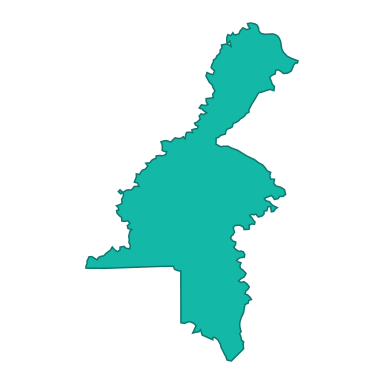 Corbélia, Paraná, Brazil
{"feature_id": "56859067B16321147741741", "entity_name": "Corbélia", "entity_type": "district", "adm_level": 2, "iso_a3": "BRA", "parent_name": "Brazil", "parent_adm1": "Paraná", "projection": "mercator", "projection_center": [-53.229, -24.737], "detail": "fine", "context": "isolated", "style": "filled", "palette": "teal", "viewbox_px": 384, "rotation_deg": 0, "n_neighbors": 0, "source": "geoboundaries", "source_scale": "gbopen_adm2", "svg_char_len": 4504}
<svg xmlns="http://www.w3.org/2000/svg" viewBox="0 0 384 384"><path d="M298.0,60.8L292.4,58.8L287.4,56.4L283.4,52.3L281.8,49.0L281.1,45.0L280.6,41.4L279.0,37.8L277.5,36.0L275.3,34.6L272.4,33.9L265.2,34.3L261.1,33.5L258.8,30.9L258.5,27.9L257.2,25.2L254.8,23.8L250.6,23.0L247.5,23.6L248.4,26.3L250.2,28.3L246.9,29.7L242.9,27.8L240.2,30.8L238.9,33.9L236.3,34.6L234.0,34.7L232.9,32.7L230.8,35.7L227.9,34.6L226.9,37.4L226.7,39.8L227.1,43.8L224.7,44.3L221.5,44.9L222.0,48.1L220.2,49.9L219.9,53.3L216.8,55.9L215.9,58.4L213.5,59.9L213.3,62.2L212.0,64.5L211.1,67.5L212.5,69.1L214.6,70.9L213.0,74.6L210.8,74.2L206.9,72.5L206.0,76.2L209.5,82.5L212.0,84.6L213.2,88.0L215.0,90.9L212.7,94.2L213.2,97.8L206.1,98.6L206.2,101.8L207.9,104.4L205.6,105.5L201.4,104.8L199.2,108.0L201.9,109.0L204.1,111.1L206.7,112.8L203.3,114.6L201.2,113.7L199.1,116.1L200.2,119.1L197.4,121.8L194.5,123.2L195.7,125.3L198.2,126.1L197.3,128.7L194.7,128.9L191.8,129.8L192.5,132.7L189.9,132.2L186.6,132.4L185.7,134.9L185.0,138.8L183.3,136.7L180.7,138.5L177.5,138.4L175.1,137.8L172.7,140.1L170.8,142.1L166.8,140.6L163.5,140.9L160.9,141.9L162.2,144.6L162.3,147.5L162.1,150.4L164.5,151.5L166.6,151.7L165.9,154.4L163.0,155.7L158.9,155.5L156.1,156.0L156.0,158.5L153.8,159.0L151.5,160.5L150.0,162.7L147.7,163.0L145.7,163.2L147.8,166.1L145.4,169.1L142.4,170.1L140.7,172.3L139.7,174.5L136.3,173.8L136.4,176.9L134.3,182.2L137.6,183.0L139.0,186.5L136.9,186.3L134.1,186.5L132.7,188.7L131.0,190.1L128.5,189.8L126.3,190.2L123.0,192.4L123.5,195.8L121.6,199.4L122.1,203.2L119.1,205.0L116.5,205.7L118.3,207.8L118.7,210.1L116.6,210.5L117.0,213.1L119.3,215.7L121.5,217.3L121.9,221.1L125.3,221.4L127.7,220.7L129.9,223.4L127.3,225.7L128.0,228.5L131.8,229.5L130.0,231.1L129.3,233.9L128.7,236.4L129.3,239.5L128.9,242.5L130.4,245.4L129.7,248.8L126.1,248.3L123.9,246.3L120.0,247.2L120.0,249.9L117.6,251.7L114.7,249.9L112.3,247.0L110.2,250.3L106.4,253.1L103.6,255.9L100.7,256.4L98.4,257.5L97.0,259.9L94.6,258.3L91.8,256.6L89.0,256.8L88.1,258.9L87.1,260.8L87.0,263.9L86.0,266.0L86.0,268.2L105.3,268.3L160.7,266.4L173.4,266.3L174.5,269.3L178.7,270.9L180.8,270.9L180.8,275.5L180.8,277.8L180.9,301.0L180.9,322.8L184.6,323.4L187.4,322.2L189.6,321.6L193.7,323.3L196.1,325.7L192.7,333.1L195.7,332.2L198.9,331.8L200.6,329.7L202.1,335.0L212.8,339.8L212.8,337.5L215.0,337.5L217.9,339.9L219.3,342.2L220.5,344.6L221.1,347.6L222.6,350.2L224.6,354.5L225.8,356.3L227.0,360.0L231.3,361.0L243.6,348.8L243.1,344.2L243.7,341.9L241.6,340.2L240.6,335.8L239.6,333.7L241.1,331.6L240.4,329.1L239.8,326.6L239.7,323.7L240.1,321.3L241.0,318.2L242.1,315.8L243.5,312.9L244.3,308.4L245.0,304.5L248.2,303.1L248.7,300.6L251.5,299.4L249.9,297.1L247.6,294.9L245.0,293.9L245.7,291.2L248.0,289.2L249.3,286.9L246.9,283.8L243.9,281.6L240.8,282.5L238.6,281.0L241.2,278.5L244.0,277.1L246.1,273.5L242.8,269.9L240.4,268.4L239.9,265.7L241.0,262.7L238.4,262.0L236.6,260.3L239.2,258.1L241.4,257.5L244.3,257.3L244.8,254.5L243.4,251.9L241.0,251.0L238.9,251.4L235.7,249.4L233.7,247.1L235.5,244.9L235.8,242.0L232.8,241.0L230.6,238.4L231.4,236.0L233.2,234.6L234.5,232.1L233.2,227.9L234.5,225.7L237.6,225.2L240.4,225.4L243.4,227.1L244.0,229.5L246.7,229.5L249.4,229.0L249.0,225.3L251.9,223.9L254.5,224.3L255.0,221.9L253.4,220.3L251.6,217.4L249.6,215.8L251.5,214.3L253.8,214.8L255.9,214.2L258.3,217.0L260.4,216.5L262.3,215.8L264.0,214.0L264.2,211.0L266.8,210.8L267.9,206.8L270.6,206.5L271.4,211.8L273.8,211.4L275.2,209.1L277.3,207.6L273.0,205.6L271.4,204.1L269.4,201.7L265.8,200.7L264.3,198.3L268.6,196.7L271.4,195.5L273.0,197.2L274.5,199.5L278.2,198.6L279.6,196.5L283.1,196.4L285.6,194.4L284.5,189.7L281.3,187.5L278.7,186.7L276.0,186.0L273.7,183.4L274.5,179.3L270.6,179.0L269.7,175.7L270.7,172.4L267.2,170.9L265.0,167.6L262.7,165.0L258.2,162.5L254.4,159.5L250.5,157.8L246.9,156.0L245.0,154.9L237.5,150.2L231.4,148.0L227.9,146.1L225.3,146.3L223.1,146.2L221.2,146.9L216.0,144.2L216.2,138.0L218.3,137.5L220.8,135.3L225.3,134.1L226.0,130.6L227.9,128.7L230.1,128.2L232.2,126.9L233.3,123.2L235.7,122.6L238.7,120.8L240.4,118.8L242.3,117.7L244.5,116.1L246.2,113.6L249.0,112.2L248.9,109.8L251.6,104.4L254.2,100.4L258.6,92.8L262.1,92.0L266.0,90.6L270.1,89.4L273.9,90.7L274.4,86.3L272.4,84.6L271.1,80.8L269.6,77.4L271.1,76.0L273.0,74.8L275.2,73.9L275.7,70.3L278.2,69.8L280.8,71.2L283.4,73.5L287.7,73.1L291.1,71.1L292.7,67.7L293.6,65.0L295.4,63.1L297.5,63.0L298.0,60.8ZM227.1,43.8L229.8,41.1L231.1,46.5L227.1,43.8ZM123.0,192.4L120.0,189.8L118.3,191.6L120.7,193.9L123.0,192.4Z" fill="#14b8a6" stroke="#0f766e" stroke-width="1.5"/></svg>